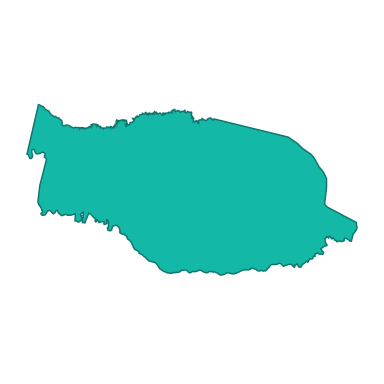 Río Chico, Tucumán, Argentina, rotated 182°
{"feature_id": "61730980B68338717287929", "entity_name": "Río Chico", "entity_type": "district", "adm_level": 2, "iso_a3": "ARG", "parent_name": "Argentina", "parent_adm1": "Tucumán", "projection": "robinson", "projection_center": [-65.661, -27.448], "detail": "fine", "context": "isolated", "style": "filled", "palette": "teal", "viewbox_px": 384, "rotation_deg": 182, "n_neighbors": 0, "source": "geoboundaries", "source_scale": "gbopen_adm2", "svg_char_len": 6074}
<svg xmlns="http://www.w3.org/2000/svg" viewBox="0 0 384 384"><g transform="rotate(182 192 192)"><path d="M31.0,148.5L29.7,155.0L26.4,159.9L25.8,162.4L26.6,165.3L26.7,167.3L55.4,181.2L56.8,182.1L59.1,184.4L57.7,201.4L58.0,210.1L61.6,216.8L66.0,221.7L71.7,231.1L74.7,234.0L82.8,239.2L88.4,244.2L97.8,250.2L171.7,265.6L172.6,265.7L173.0,265.0L174.0,264.7L174.7,265.9L176.4,266.7L178.7,265.8L179.4,264.6L181.0,263.9L183.1,264.8L184.4,265.8L184.6,264.2L186.2,264.5L188.2,263.7L187.6,261.4L188.1,260.9L190.0,263.4L190.8,263.0L191.0,262.4L192.2,262.6L193.1,262.1L192.9,263.9L193.4,264.8L192.8,265.7L193.1,266.0L194.8,265.8L194.1,267.5L194.3,267.9L195.0,267.8L195.6,269.1L195.0,270.9L195.3,271.8L196.9,271.5L199.4,272.3L200.0,270.9L202.0,271.6L201.7,272.9L202.1,273.4L203.3,272.2L205.0,272.3L206.3,271.2L206.7,271.4L207.3,272.5L208.2,272.4L209.0,273.1L211.3,271.7L212.1,273.9L213.0,273.7L213.5,272.8L213.9,273.1L214.8,272.7L215.3,271.5L214.7,270.7L216.4,271.1L217.1,270.2L218.3,270.8L218.7,270.0L220.9,270.0L221.5,269.3L223.6,270.0L223.9,269.3L223.5,268.8L222.2,269.1L221.8,268.8L222.5,268.1L224.7,268.0L226.7,269.8L228.2,269.1L229.5,269.2L230.5,270.5L231.0,270.4L230.8,269.7L232.2,271.0L232.7,269.9L232.4,269.3L232.5,268.7L233.3,269.7L234.4,268.2L234.8,269.1L236.1,268.6L236.8,269.3L237.4,269.1L237.5,268.7L237.2,268.5L237.5,268.4L237.7,269.3L238.1,268.9L238.0,267.7L238.2,267.3L238.8,268.1L239.3,267.7L239.7,267.9L240.2,268.6L239.8,269.1L241.2,269.9L241.5,269.5L241.1,269.0L241.8,268.3L242.8,268.2L244.2,268.9L244.1,267.9L246.8,267.3L248.0,265.2L249.3,265.3L249.6,266.0L250.2,265.1L250.7,265.1L251.0,264.1L252.0,263.3L253.8,263.5L253.3,262.5L252.1,262.1L252.3,261.3L253.3,260.5L254.1,259.4L256.1,259.3L256.9,257.1L259.3,256.3L260.1,255.2L260.4,255.3L260.1,255.9L258.4,257.1L259.1,258.0L260.5,257.3L260.9,257.4L260.1,258.0L259.6,258.9L260.0,261.3L260.6,261.4L260.9,261.0L261.6,261.4L261.9,260.7L262.5,261.2L263.0,260.7L263.8,260.9L263.6,261.7L266.3,261.1L267.0,260.5L269.8,261.3L270.1,260.2L269.2,260.5L268.3,259.6L268.9,258.5L270.1,258.7L270.2,257.8L269.6,257.6L269.9,257.1L271.2,256.9L270.6,255.2L271.7,255.6L272.5,254.8L272.0,253.7L273.1,253.9L274.3,252.9L274.6,254.2L275.2,254.0L275.3,254.4L275.7,254.5L276.4,254.0L276.9,253.1L277.5,253.9L278.7,253.5L279.4,254.1L280.3,252.9L282.7,252.7L282.8,252.0L283.7,252.9L284.5,252.7L285.2,253.5L285.7,253.2L285.8,252.3L286.2,253.7L285.8,254.1L285.9,254.4L286.8,254.3L288.0,255.0L288.9,254.5L288.5,255.7L289.2,255.9L290.0,255.4L290.1,256.3L293.6,256.5L294.9,255.7L293.9,254.9L295.0,253.0L295.6,253.6L295.3,254.1L296.3,254.1L297.0,253.8L297.5,252.9L298.0,252.9L298.3,252.2L299.8,252.4L300.6,251.4L301.6,252.0L302.2,251.6L302.7,252.4L303.7,252.4L303.8,251.7L305.0,252.5L306.2,251.3L306.0,252.2L306.7,252.0L307.3,252.5L308.2,252.2L310.9,252.6L312.4,251.8L315.6,253.1L316.9,254.0L319.1,254.6L322.9,253.7L323.7,254.1L324.6,255.5L324.1,256.9L324.9,259.2L326.1,259.7L327.6,261.3L329.9,261.8L330.9,262.7L332.5,262.5L333.0,263.1L333.5,263.0L336.3,265.2L337.9,267.9L341.4,269.3L342.7,271.2L343.9,272.2L345.6,272.6L346.7,273.4L348.5,274.0L358.2,224.1L357.3,224.0L356.8,223.4L355.3,220.0L354.4,219.8L353.6,220.1L352.8,221.3L352.5,222.4L353.6,226.3L353.5,228.2L352.8,229.0L351.7,229.2L350.8,228.4L349.9,225.7L349.1,224.8L347.6,224.7L345.1,225.4L343.0,226.6L340.7,225.8L340.2,225.2L340.1,224.0L340.8,223.0L340.7,221.9L338.5,219.7L344.3,193.3L345.6,177.9L345.6,176.5L344.7,174.1L342.2,170.9L341.5,168.5L340.5,167.7L340.9,166.6L342.2,165.3L341.8,164.1L340.7,163.5L338.4,163.8L336.7,165.9L335.8,168.1L333.8,168.5L332.9,168.4L330.5,165.7L329.6,165.4L328.6,166.1L326.9,168.8L326.0,169.1L324.6,166.2L321.5,163.8L317.6,165.2L315.6,164.5L312.3,164.6L307.8,166.1L307.9,159.0L306.3,159.1L305.0,158.1L303.7,158.1L302.4,159.1L301.2,160.7L301.3,162.5L302.4,164.6L302.0,164.7L302.6,165.0L302.6,166.2L299.9,168.0L299.9,162.4L301.0,160.2L300.2,158.7L300.4,157.6L297.8,157.5L297.4,159.2L294.4,167.2L292.5,166.5L289.7,163.4L287.6,161.8L287.4,161.2L287.9,159.6L287.1,158.8L286.6,159.1L286.0,160.9L285.6,161.0L283.8,158.2L280.9,159.3L279.1,159.3L278.9,158.9L278.9,156.9L278.3,156.5L276.0,157.6L276.3,161.2L275.6,161.3L274.3,158.9L274.4,154.1L275.1,153.4L275.0,151.9L274.5,150.8L272.4,150.3L271.1,151.2L270.1,155.1L267.1,156.0L265.9,156.0L263.1,153.3L263.0,151.7L262.3,150.8L262.9,149.7L262.5,148.6L260.4,147.5L258.6,147.6L257.8,146.7L255.7,145.4L254.8,142.9L253.5,141.9L252.4,141.6L252.0,140.6L250.5,139.1L249.7,137.0L249.0,136.3L248.8,135.1L247.4,132.8L243.2,130.7L242.6,128.9L239.6,127.7L237.6,125.8L236.2,125.3L235.2,123.7L232.6,121.6L225.9,120.0L223.9,117.8L221.6,114.3L217.3,111.5L215.5,111.2L214.2,110.4L209.6,110.0L207.3,111.0L206.5,110.7L204.9,111.1L203.2,111.1L201.6,111.7L199.5,113.4L195.5,113.9L194.1,113.3L192.4,111.4L191.5,111.2L190.4,111.4L188.5,112.8L187.5,112.4L185.0,112.7L181.5,114.4L179.5,113.7L177.9,112.6L174.9,111.7L173.3,112.1L172.0,113.3L170.7,113.0L169.6,113.2L168.4,112.7L166.6,112.9L163.4,111.8L161.5,110.2L160.2,110.0L157.8,110.5L156.2,111.2L155.2,112.0L152.7,112.7L151.2,112.0L147.5,111.5L144.3,112.7L138.2,115.9L132.6,116.2L130.7,117.0L130.3,117.7L129.6,118.0L125.7,117.1L123.7,115.6L121.7,115.4L119.8,116.1L118.0,115.4L116.7,115.9L115.9,115.7L114.6,116.8L113.9,118.0L112.8,118.9L111.2,121.4L109.8,122.3L104.6,122.6L102.4,123.9L100.4,123.3L98.1,121.0L92.6,123.1L90.5,123.1L89.7,122.7L87.8,120.6L87.1,120.3L86.6,121.1L87.0,122.6L85.5,122.8L85.0,123.8L84.4,124.0L83.9,123.3L83.5,121.8L82.0,120.5L81.3,120.5L80.2,121.1L79.5,123.2L77.6,124.4L75.0,126.8L74.4,126.8L74.1,126.0L73.5,126.2L73.1,127.9L72.1,128.3L71.8,129.4L69.8,129.2L69.2,129.6L68.2,132.0L66.8,132.0L67.0,133.4L66.7,134.5L65.8,134.5L64.9,135.5L62.9,134.5L59.6,134.3L58.9,134.7L58.5,135.9L58.6,136.5L61.3,139.4L60.7,140.2L57.5,142.6L55.7,143.0L55.2,143.5L55.4,144.2L57.1,146.5L57.3,148.4L57.8,149.5L56.8,150.2L55.9,152.2L53.8,150.8L53.4,152.0L52.7,152.5L50.5,150.0L49.0,151.0L47.6,148.7L46.4,148.6L45.6,147.4L42.6,148.1L41.0,147.7L38.6,148.4L38.1,148.9L38.4,150.6L38.0,151.1L36.3,151.1L33.3,149.3L32.5,148.4L31.0,148.5Z" fill="#14b8a6" stroke="#0f766e" stroke-width="1.5"/></g></svg>